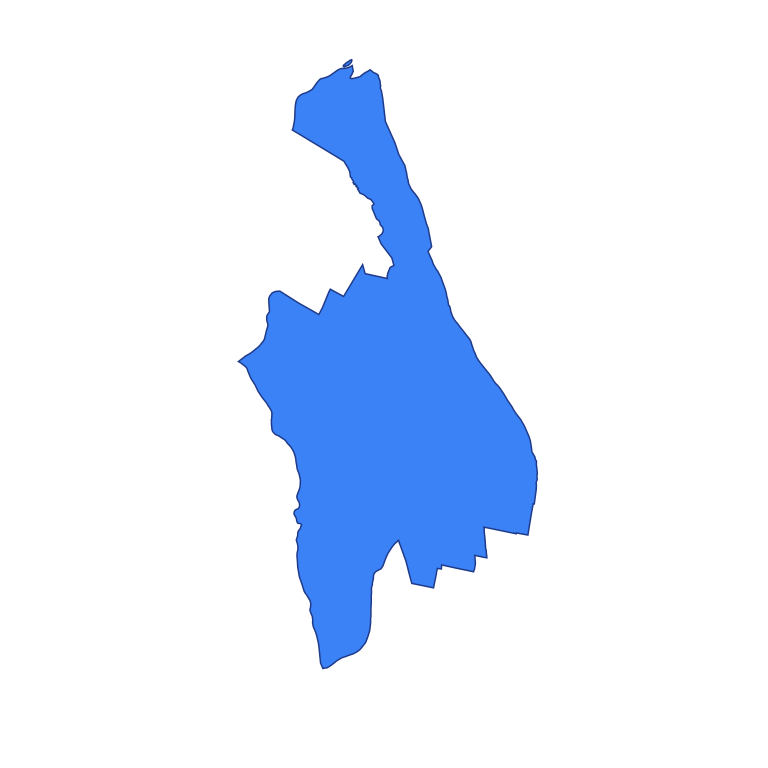 the district of General Paz, Corrientes, Argentina, rotated 293°
{"feature_id": "61730980B94998770553919", "entity_name": "General Paz", "entity_type": "district", "adm_level": 2, "iso_a3": "ARG", "parent_name": "Argentina", "parent_adm1": "Corrientes", "projection": "natural_earth1", "projection_center": [-57.724, -27.709], "detail": "fine", "context": "isolated", "style": "filled", "palette": "blue", "viewbox_px": 768, "rotation_deg": 293, "n_neighbors": 0, "source": "geoboundaries", "source_scale": "gbopen_adm2", "svg_char_len": 6170}
<svg xmlns="http://www.w3.org/2000/svg" viewBox="0 0 768 768"><g transform="rotate(293 384 384)"><path d="M375.8,551.4L379.4,546.6L382.8,544.7L388.6,541.1L392.0,538.3L399.9,530.0L402.8,526.2L404.8,523.5L408.4,517.1L411.0,513.2L412.9,510.9L415.4,507.0L417.5,503.7L419.8,500.7L422.1,497.5L425.6,492.1L427.1,489.2L428.1,486.6L429.6,484.0L433.5,478.5L440.9,464.7L442.6,461.9L444.9,458.7L447.5,456.2L449.8,453.6L454.9,449.1L456.9,447.5L458.6,445.6L461.5,440.2L462.8,438.0L465.5,433.0L468.7,427.4L470.2,424.4L472.0,422.0L473.3,420.4L476.6,417.4L479.1,415.7L481.0,414.3L482.1,412.4L486.3,409.9L489.3,407.5L492.3,405.6L495.1,403.4L503.4,395.7L504.3,394.9L508.8,389.4L510.2,387.0L512.1,384.5L513.9,382.2L516.2,380.3L518.1,378.2L520.4,375.7L523.3,372.7L529.0,374.2L534.7,370.4L538.4,368.0L540.9,366.2L544.2,364.2L548.2,360.4L554.4,355.4L560.2,351.0L563.3,348.4L568.2,343.1L569.6,340.9L571.1,338.4L572.2,336.1L574.3,332.5L577.3,329.2L578.8,327.8L581.2,326.4L583.3,324.6L587.0,322.4L593.4,317.7L596.5,313.7L601.0,308.0L610.2,299.9L626.2,282.7L640.2,274.8L646.8,271.0L652.6,267.2L655.1,264.9L657.0,264.5L659.8,262.7L661.6,261.8L664.7,258.7L665.6,258.4L666.1,257.9L666.1,257.1L666.5,256.4L666.6,255.5L666.6,254.7L666.7,252.3L667.3,250.4L667.8,248.4L666.3,247.5L662.8,244.7L661.7,244.1L660.0,243.0L657.4,241.8L655.0,238.6L653.6,236.9L652.5,234.9L652.3,233.5L653.9,233.0L655.3,233.4L659.9,233.5L664.7,230.3L663.0,229.2L661.2,227.4L659.5,225.1L658.6,223.5L658.0,221.8L656.8,220.4L655.0,218.8L653.1,217.6L649.1,215.2L646.9,213.8L645.3,212.6L641.4,208.3L640.9,207.1L639.1,205.8L634.9,204.4L630.7,203.6L627.2,202.8L624.1,200.6L621.8,198.6L619.1,195.5L616.7,193.8L614.4,192.8L611.0,192.5L608.0,193.0L605.0,193.8L600.8,195.3L594.0,197.9L590.3,199.0L584.5,200.2L582.9,200.4L582.0,200.3L575.4,246.5L573.4,260.2L571.8,262.2L569.9,265.0L567.7,267.8L566.2,269.3L565.0,270.2L563.1,271.2L561.4,272.3L561.2,273.6L559.9,274.6L558.6,276.9L557.4,276.8L556.1,278.5L557.1,278.9L556.4,279.4L556.0,281.3L555.1,281.0L554.6,282.9L554.1,282.8L553.8,283.9L553.0,283.8L551.0,286.5L550.3,287.3L550.4,291.2L549.5,294.3L548.7,296.5L548.7,298.2L548.7,299.9L546.5,303.6L545.7,304.5L543.5,303.4L541.1,304.5L540.4,305.0L539.4,306.2L533.8,311.8L533.2,312.6L532.8,313.5L532.6,314.4L532.4,315.1L531.8,316.3L530.9,317.2L529.9,317.8L529.0,318.5L528.1,320.7L527.3,321.8L526.1,322.8L524.9,323.3L523.7,323.6L522.3,323.5L521.4,323.4L520.3,322.9L517.7,321.6L517.2,321.0L511.8,326.7L503.6,341.1L502.9,342.1L497.0,346.8L494.0,344.3L493.2,344.1L488.1,344.2L484.7,344.7L482.4,345.8L478.2,323.5L485.5,317.7L448.8,312.6L450.3,297.5L447.9,297.3L446.8,297.3L430.5,297.5L422.5,296.9L425.2,273.5L428.8,251.8L427.1,248.5L425.3,246.4L423.9,245.4L420.5,244.5L418.1,244.5L415.9,245.3L411.9,247.2L406.8,249.9L405.3,250.3L402.8,249.7L400.8,249.6L399.2,250.1L396.2,251.6L394.0,253.5L393.0,254.0L391.9,254.4L389.7,254.6L386.1,255.1L379.3,256.3L376.8,256.3L373.6,255.3L371.7,254.9L369.2,254.0L366.9,252.7L363.6,251.0L360.6,249.3L359.2,248.4L355.8,245.7L347.8,241.2L347.5,243.7L347.1,245.3L346.7,246.8L346.0,249.4L345.6,250.4L344.6,252.0L342.4,253.9L338.1,258.3L336.5,260.2L332.8,265.7L329.9,268.9L327.7,271.5L324.2,276.8L322.2,280.4L321.1,282.5L320.5,283.6L319.6,284.6L318.7,286.0L316.4,289.4L315.3,290.8L313.8,292.0L310.9,293.2L308.2,294.1L306.8,294.4L305.5,295.1L303.9,295.7L302.0,296.6L300.4,297.6L298.6,298.5L297.6,299.2L296.2,301.0L295.3,303.3L295.0,305.3L295.2,306.0L294.9,308.6L294.2,311.8L294.0,313.8L293.1,316.1L292.0,317.7L291.1,319.5L290.5,321.1L289.6,322.8L288.5,324.5L286.2,327.5L282.8,330.5L279.8,332.5L277.7,333.6L275.2,335.3L273.5,336.3L272.7,336.8L271.7,337.4L268.1,340.9L263.5,344.2L261.7,345.1L259.5,345.8L257.9,346.5L255.4,347.1L252.3,347.3L250.9,347.3L248.7,347.4L247.5,347.5L246.3,347.7L244.2,349.2L241.8,352.1L240.8,353.0L239.1,353.8L238.2,354.0L236.5,354.0L235.4,353.4L234.0,352.1L233.4,351.7L232.3,351.3L231.0,351.4L229.8,351.7L229.0,352.1L228.1,353.3L227.6,353.8L226.8,354.9L226.2,355.7L224.4,356.8L223.0,357.9L222.1,359.2L222.9,361.7L222.1,363.2L220.6,363.1L218.7,363.3L217.5,363.2L215.5,362.6L213.6,362.7L212.0,363.3L210.1,363.9L207.9,364.0L206.6,364.1L205.6,364.6L204.4,365.7L202.1,367.5L199.7,368.8L197.1,369.6L194.6,370.0L192.2,370.9L190.4,371.7L188.3,372.9L181.8,376.1L173.8,381.2L171.6,383.1L167.3,387.0L161.9,391.6L160.6,393.4L159.5,395.4L157.4,398.2L155.5,400.8L153.0,402.5L149.6,403.7L147.7,403.9L146.5,404.4L145.0,405.8L143.8,406.9L142.0,408.9L140.8,409.4L140.2,410.0L139.1,410.5L137.6,411.1L136.4,411.5L135.5,412.1L133.0,413.7L129.2,417.7L125.9,420.5L120.1,424.7L116.3,427.0L102.4,434.6L98.2,438.9L99.6,440.7L100.3,442.3L100.5,442.4L102.1,443.7L104.3,445.1L105.9,446.1L108.6,447.6L109.6,448.0L111.4,449.1L115.1,451.8L116.4,453.1L117.7,454.7L120.4,457.5L123.7,461.2L127.1,463.9L130.5,465.8L135.1,467.1L139.0,468.1L144.1,467.9L146.6,467.7L150.8,467.3L152.4,466.9L158.6,465.1L161.1,464.1L162.8,463.3L165.0,462.8L172.2,459.7L177.9,457.7L183.3,455.3L187.7,453.8L190.3,452.5L192.7,451.8L194.5,451.8L196.8,450.9L197.7,450.8L201.0,450.2L203.3,449.2L206.0,449.0L208.5,450.0L212.7,453.4L215.8,454.1L224.1,453.7L229.6,453.8L237.6,455.2L241.2,456.3L242.7,457.0L245.8,458.5L243.4,460.5L240.9,462.9L229.4,473.5L222.3,479.0L221.1,479.8L211.3,487.5L215.7,509.2L225.2,507.3L229.5,506.4L231.8,505.8L235.2,505.2L235.3,506.1L236.1,509.1L240.0,507.8L242.5,521.3L245.6,536.8L246.1,539.8L246.9,539.7L249.1,539.6L253.4,538.6L255.6,537.8L261.7,534.5L263.7,544.6L264.2,546.6L266.1,545.6L268.9,544.0L271.1,543.0L271.4,542.3L280.1,537.9L285.7,534.8L287.0,534.0L289.6,533.0L291.3,531.9L297.8,564.2L298.6,563.9L301.2,575.5L312.4,572.7L318.7,571.2L323.2,570.1L332.0,568.1L332.3,569.2L346.5,565.3L349.8,564.1L351.5,563.2L352.9,562.5L355.8,562.4L359.5,560.5L360.9,560.3L362.0,559.9L370.2,555.3L371.8,554.9L373.1,553.9L373.3,553.2L373.8,552.7L375.8,551.4ZM669.8,227.5L669.7,227.4L669.7,227.2L668.6,226.3L667.3,225.5L665.5,224.2L663.7,223.2L663.3,223.1L661.8,222.3L661.1,222.1L660.4,222.7L660.4,223.4L661.3,224.2L661.6,224.2L661.6,224.7L662.8,225.9L663.3,226.6L664.1,227.0L665.5,227.6L665.8,227.6L666.6,228.0L667.8,228.1L668.4,228.2L669.0,227.9L669.5,227.9L669.8,227.7L669.8,227.5Z" fill="#3b82f6" stroke="#1e3a8a" stroke-width="1.5"/></g></svg>